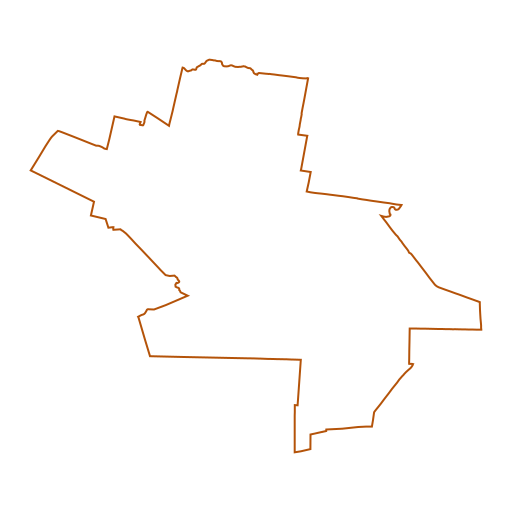 Slobozia Ciorasti, Vrancea, Romania (Robinson projection)
{"feature_id": "2599482B76113963406220", "entity_name": "Slobozia Ciorasti", "entity_type": "district", "adm_level": 2, "iso_a3": "ROU", "parent_name": "Romania", "parent_adm1": "Vrancea", "projection": "robinson", "projection_center": [27.208, 45.598], "detail": "fine", "context": "isolated", "style": "outline", "palette": "amber", "viewbox_px": 512, "rotation_deg": 0, "n_neighbors": 0, "source": "geoboundaries", "source_scale": "gbopen_adm2", "svg_char_len": 5892}
<svg xmlns="http://www.w3.org/2000/svg" viewBox="0 0 512 512"><path d="M371.9,426.6L373.0,420.1L373.5,416.5L374.1,412.3L374.6,411.5L376.0,409.7L379.4,405.5L380.9,403.6L383.5,400.1L385.1,398.0L388.6,393.5L392.0,388.9L396.2,383.7L397.2,382.5L397.8,381.6L398.6,380.5L399.3,379.5L400.3,378.4L402.1,376.3L403.5,374.9L404.2,374.0L406.0,372.1L408.2,370.1L410.4,368.2L410.7,367.9L411.4,367.1L412.6,365.3L412.7,364.7L413.0,364.1L412.1,363.9L409.2,363.9L409.1,363.0L409.2,359.2L409.3,350.4L409.5,340.7L409.7,328.5L414.3,328.5L422.2,328.7L423.9,328.7L426.3,328.7L434.3,328.9L438.4,329.0L439.0,329.0L442.1,329.0L444.8,329.1L446.8,329.1L452.0,329.2L452.6,329.3L453.4,329.3L454.6,329.2L458.2,329.3L462.8,329.4L465.0,329.4L467.7,329.5L471.7,329.5L474.4,329.6L478.1,329.7L481.3,329.7L481.3,329.4L481.1,328.0L481.1,325.4L480.9,322.9L480.5,318.6L480.2,313.6L480.0,309.9L479.8,303.7L479.8,302.1L470.4,298.7L466.7,297.4L461.9,295.6L458.6,294.4L455.6,293.4L450.4,291.5L445.3,289.7L442.0,288.5L440.1,287.8L438.7,287.3L437.0,286.4L436.4,286.0L434.9,284.7L433.4,282.8L429.4,277.7L426.9,274.3L423.8,270.2L420.8,266.3L417.7,262.2L416.2,260.4L411.7,254.5L410.7,253.5L409.1,252.7L408.2,250.7L406.8,248.8L404.5,245.9L402.3,242.9L401.5,241.6L399.8,239.7L399.2,238.8L397.5,236.3L396.7,235.6L395.7,234.6L392.4,230.6L389.9,227.3L386.7,222.9L383.9,219.3L381.3,215.9L383.7,216.6L386.1,216.9L387.0,216.8L387.7,216.6L389.0,216.4L389.8,216.0L390.3,215.5L390.5,214.9L390.4,214.4L389.8,214.0L389.3,211.2L389.4,209.9L389.7,208.9L390.3,208.0L391.1,207.2L391.9,207.0L393.1,207.1L393.8,207.3L394.4,207.9L394.7,208.8L395.0,209.2L395.6,209.7L396.3,209.8L397.1,209.6L397.7,209.6L398.4,209.2L398.9,208.8L399.4,208.1L400.5,206.6L401.3,205.4L401.5,205.0L396.6,204.5L392.0,203.7L389.4,203.2L383.8,202.5L376.2,201.4L373.9,201.1L370.4,200.6L366.2,199.9L362.4,199.4L360.0,199.0L357.8,198.6L357.4,198.5L357.2,198.3L354.6,198.0L352.5,197.7L348.8,197.1L342.6,196.2L338.9,195.8L332.7,195.0L330.2,194.7L326.5,194.2L321.3,193.6L318.1,193.3L314.5,192.9L310.5,192.3L306.7,191.5L308.7,182.5L310.7,172.0L309.9,171.9L309.3,171.8L300.8,170.5L301.3,168.3L307.0,137.2L307.1,136.5L307.3,135.8L300.0,134.8L298.2,134.6L298.1,134.1L298.2,133.4L298.3,132.7L298.8,129.8L299.3,127.7L299.6,126.2L299.8,124.4L300.1,122.8L300.6,120.2L300.8,118.7L301.2,117.0L301.7,114.2L301.6,113.7L301.6,113.2L302.6,107.8L303.5,103.3L304.5,98.0L308.1,78.3L307.5,78.1L306.1,78.4L305.4,78.4L302.9,78.3L299.6,78.0L297.5,77.7L296.1,77.3L288.5,76.3L282.0,75.5L279.2,75.2L274.2,74.5L271.4,74.2L269.6,73.9L268.6,74.0L268.1,73.9L265.6,73.7L260.9,73.2L258.9,73.0L258.2,73.6L257.8,73.7L257.4,73.7L257.2,74.7L256.0,74.4L254.7,73.7L254.0,73.2L253.6,72.5L253.4,71.9L253.2,71.1L252.8,70.4L251.9,69.8L250.5,68.4L249.7,68.1L248.8,68.1L248.2,68.0L247.4,67.7L246.0,67.0L245.2,66.5L244.1,66.4L243.6,66.2L243.1,66.3L242.4,66.5L241.6,66.6L241.0,66.8L240.3,66.8L239.4,66.8L238.0,67.0L236.8,66.9L235.8,66.9L235.0,66.7L233.9,66.3L233.0,65.9L231.9,65.4L231.3,65.3L230.8,65.3L230.4,65.4L229.3,65.8L228.7,66.1L227.6,66.3L226.4,66.4L224.7,66.3L223.7,66.1L223.3,65.9L222.9,65.4L222.5,64.8L222.2,64.2L222.0,63.9L222.0,63.1L221.9,62.7L221.6,62.1L221.1,61.5L220.5,61.3L219.7,61.1L219.3,61.1L218.6,61.1L218.0,61.1L217.0,61.0L216.2,60.8L215.6,60.6L215.0,60.4L214.3,60.4L213.8,60.4L212.7,60.1L210.5,59.8L209.9,59.7L209.4,59.7L209.0,59.8L208.4,60.0L207.9,60.3L207.4,60.5L207.0,60.7L206.5,61.0L206.2,61.4L205.7,62.1L205.0,63.1L204.6,63.5L204.3,63.7L204.1,63.8L203.6,63.8L203.0,63.8L202.2,63.8L201.7,64.0L200.8,64.9L200.2,65.3L199.8,65.7L199.3,65.9L198.8,66.1L197.9,66.7L197.1,67.1L196.8,67.4L196.6,67.8L196.3,68.7L196.1,69.4L195.7,69.7L195.2,69.8L194.9,69.8L194.3,69.6L193.9,69.5L193.3,69.5L192.8,69.4L192.3,69.5L191.9,69.8L191.3,70.3L191.0,70.5L190.6,70.5L189.4,70.9L188.4,71.2L188.0,71.4L186.8,70.9L185.9,70.2L185.0,69.2L184.1,68.2L183.3,67.8L182.6,67.6L182.3,68.6L182.1,69.5L180.0,78.4L177.2,90.8L177.2,91.1L176.4,94.3L173.4,107.5L172.6,111.1L170.6,119.1L169.4,123.8L169.0,125.8L157.3,118.0L147.7,111.8L147.1,112.2L146.1,115.0L145.4,117.4L144.8,119.3L144.5,120.3L144.4,120.8L144.5,121.5L144.3,122.6L143.7,124.0L143.5,124.5L143.3,125.0L143.0,125.3L142.6,125.3L141.9,125.2L141.2,125.0L140.8,125.0L140.0,124.9L139.7,124.3L140.6,122.0L135.1,120.8L133.2,120.4L131.2,120.1L126.8,119.3L125.1,118.9L124.7,118.7L114.5,116.4L109.3,139.2L108.6,142.0L106.8,149.1L105.2,148.8L104.2,148.5L103.2,147.8L102.0,147.1L100.4,146.4L98.8,145.8L97.6,145.7L96.6,145.7L96.2,145.7L94.7,145.1L90.6,143.5L81.1,139.7L73.0,136.5L65.8,133.7L62.2,132.3L59.2,131.2L57.8,130.9L52.5,136.1L51.5,137.2L50.6,138.4L49.5,140.0L45.6,146.0L38.8,157.3L30.7,170.4L31.5,170.8L94.0,201.7L90.9,215.5L105.6,219.0L108.4,227.7L112.4,227.2L113.4,227.2L113.2,228.8L113.4,229.8L120.5,229.3L121.4,230.2L122.5,230.7L125.9,233.4L127.7,235.2L131.2,238.9L135.5,243.6L141.9,250.2L152.0,260.9L158.7,268.0L160.7,270.2L165.6,275.1L169.7,276.0L174.5,275.6L175.8,276.8L176.1,277.1L176.5,277.3L176.9,277.6L177.3,278.1L177.5,278.7L177.7,279.5L178.0,279.9L178.6,280.4L179.2,281.3L179.2,281.8L179.0,282.2L178.5,282.6L177.1,283.1L176.5,282.9L176.3,283.1L176.1,283.6L175.8,284.0L175.4,284.5L175.4,285.2L175.5,286.1L175.6,286.7L177.4,287.6L178.4,287.8L178.8,288.1L179.2,288.7L179.3,289.3L179.2,289.8L179.3,290.2L179.9,290.7L180.6,292.3L187.7,295.7L165.8,305.1L154.0,309.5L149.3,309.3L148.0,309.2L147.5,309.4L147.0,309.7L146.1,311.4L144.9,313.3L144.0,314.1L142.9,314.6L141.8,314.9L141.1,315.2L138.1,316.8L138.5,317.5L145.0,339.7L150.0,356.2L183.9,357.0L213.2,357.6L227.0,357.9L246.8,358.3L253.6,358.4L259.3,358.6L260.3,358.6L267.3,358.9L273.2,359.0L276.4,359.1L287.0,359.3L290.9,359.5L295.0,359.6L300.8,359.8L298.9,386.9L297.6,405.3L294.8,405.1L294.8,412.3L294.7,415.4L294.7,426.3L294.7,441.2L294.7,452.3L297.3,451.9L300.9,451.3L310.4,449.1L310.5,434.5L326.2,431.0L326.3,429.5L342.3,428.7L358.2,427.0L366.1,426.6L370.9,426.6L371.9,426.6Z" fill="none" stroke="#b45309" stroke-width="2"/></svg>